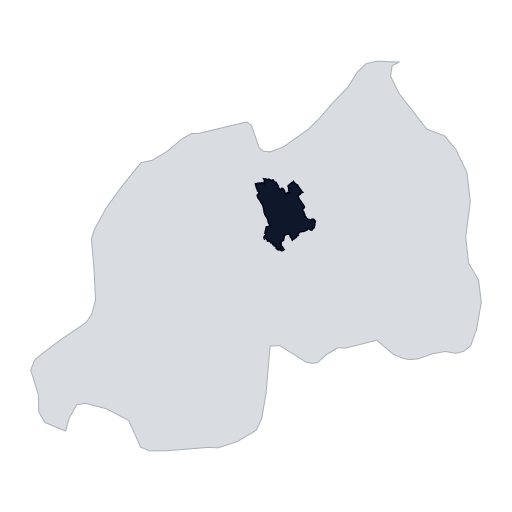 location of Rulindo, Northern, Rwanda
{"feature_id": "39286606B38837433870904", "entity_name": "Rulindo", "entity_type": "district", "adm_level": 2, "iso_a3": "RWA", "parent_name": "Rwanda", "parent_adm1": "Northern", "projection": "mercator", "projection_center": [30.0, -1.752], "detail": "fine", "context": "in_parent", "style": "filled", "palette": "ink", "viewbox_px": 512, "rotation_deg": 0, "n_neighbors": 0, "source": "geoboundaries", "source_scale": "gbopen_adm2", "svg_char_len": 6900}
<svg xmlns="http://www.w3.org/2000/svg" viewBox="0 0 512 512"><path d="M191.3,133.6L198.6,133.4L246.7,121.9L251.5,125.5L259.2,147.9L263.3,151.1L270.1,151.9L283.5,146.8L308.3,129.3L319.1,118.7L331.9,103.8L348.1,86.9L357.2,72.3L366.1,63.7L377.7,61.1L390.5,61.8L399.5,62.0L392.1,65.6L390.6,76.3L399.1,93.5L426.7,129.1L444.3,135.6L455.8,149.4L467.0,172.7L470.3,201.9L465.7,236.9L468.5,263.0L478.6,280.1L481.3,302.3L476.5,329.6L470.6,345.9L463.7,351.3L455.8,353.3L445.2,351.5L432.2,353.8L418.1,358.9L409.2,359.6L403.7,358.6L393.3,354.3L376.8,340.2L346.1,348.0L337.8,347.8L326.6,354.5L317.4,362.7L311.8,363.3L306.2,362.2L279.7,345.6L270.1,346.1L266.1,392.8L261.7,418.7L256.2,430.3L237.3,441.5L218.3,447.8L207.9,447.4L166.0,450.8L149.6,450.9L140.6,447.1L128.8,420.6L106.6,408.8L85.3,403.3L76.6,404.9L68.9,418.7L65.7,431.1L45.0,422.6L38.8,412.1L38.3,394.4L30.7,370.0L34.9,359.7L43.0,353.0L60.2,340.1L86.2,322.4L91.9,313.8L95.5,299.7L93.9,266.8L91.4,239.1L94.5,229.2L106.4,207.7L122.3,185.8L141.0,162.6L152.2,160.3L166.9,151.5L182.5,138.5L191.3,133.6Z" fill="#d9dde1" stroke="#a8b0b8" stroke-width="1"/><path d="M283.3,240.5L283.2,240.3L283.6,239.6L283.8,238.7L284.1,238.0L283.9,237.8L284.0,237.2L283.7,236.2L284.4,236.0L285.0,235.2L285.4,234.9L287.1,234.3L287.5,234.3L287.9,234.1L288.6,234.1L289.1,233.7L289.2,234.0L289.7,234.6L290.0,235.4L290.2,236.1L290.3,236.2L290.2,236.3L290.3,236.5L290.3,236.8L290.5,237.4L291.2,237.7L291.7,238.4L292.0,239.2L291.9,239.7L292.2,240.2L293.3,239.1L294.0,238.9L294.3,238.9L295.1,237.9L295.8,237.7L296.5,236.9L296.7,236.2L297.2,235.6L297.5,235.5L298.2,235.6L298.4,235.5L298.2,235.1L298.1,234.6L298.3,234.0L298.8,233.2L298.9,232.8L299.8,232.1L300.5,231.8L301.2,231.6L301.6,231.7L302.4,231.4L303.3,231.4L303.6,231.5L304.8,231.0L305.6,230.5L306.8,230.2L307.0,229.9L307.4,229.7L307.7,229.1L307.7,228.6L307.9,228.5L309.7,229.2L310.4,229.9L310.9,230.2L311.9,230.1L312.3,229.7L312.5,229.2L313.0,228.6L313.1,228.4L313.7,228.1L314.2,227.6L314.3,226.6L314.8,225.5L314.7,223.4L315.2,222.4L315.4,221.1L314.7,220.6L313.9,219.4L313.5,219.4L313.0,219.1L311.8,219.3L311.1,220.1L309.3,219.8L309.3,219.6L308.4,219.7L308.1,219.4L308.0,219.5L307.9,219.4L307.8,219.5L307.7,219.1L307.5,218.9L307.1,218.8L306.6,218.4L306.6,218.2L306.1,217.7L306.0,217.1L305.3,216.7L305.3,216.4L305.0,216.1L304.7,216.1L304.5,215.9L304.5,215.6L304.8,215.2L304.9,214.8L304.5,214.3L304.4,213.5L304.2,213.4L304.0,213.0L303.9,212.2L303.5,211.9L303.6,211.7L303.4,211.4L302.6,210.9L302.6,210.6L302.8,209.9L302.8,209.1L303.3,208.6L303.6,208.5L303.8,208.2L303.8,207.9L304.2,207.6L304.2,207.2L304.4,207.1L304.3,206.6L303.9,206.5L303.9,206.0L303.8,205.9L303.7,205.3L303.4,205.0L303.2,204.4L302.5,204.1L302.2,203.7L301.8,202.6L301.3,202.0L301.2,201.6L300.7,201.2L300.5,200.6L300.0,200.6L299.8,200.4L299.7,199.8L299.4,199.4L299.4,199.2L299.1,198.9L299.0,198.5L298.7,197.8L298.7,197.6L298.2,197.4L298.5,197.1L298.0,196.4L297.9,196.1L298.1,195.7L298.7,195.4L299.2,194.7L299.5,194.6L299.2,194.4L299.2,194.1L299.8,194.3L300.2,194.0L300.7,193.4L301.7,192.6L302.7,192.4L301.6,191.2L300.5,189.3L300.2,189.1L300.1,188.9L299.6,188.5L298.1,186.1L297.6,185.0L296.6,184.6L296.2,184.3L295.4,183.9L295.2,183.5L294.9,183.4L294.8,183.1L294.4,182.9L293.5,181.4L292.9,182.2L291.9,182.5L291.8,182.9L291.3,183.2L290.7,183.3L290.1,184.0L290.0,184.6L288.4,185.3L288.0,186.0L288.1,186.6L288.8,187.9L288.8,188.4L288.6,188.7L288.7,189.1L288.6,190.6L289.3,191.5L289.2,191.8L289.5,192.1L289.7,193.1L288.8,193.1L288.4,192.8L288.0,192.9L287.3,192.5L286.2,194.0L285.6,194.7L285.6,194.1L285.3,193.8L285.0,193.0L285.0,192.4L284.6,191.8L284.6,191.0L284.3,190.5L284.3,190.2L283.7,189.7L283.4,189.1L283.1,188.9L282.7,188.5L281.8,188.2L281.5,188.8L280.9,189.1L281.0,189.4L280.9,189.7L280.6,189.6L280.0,189.7L279.4,189.0L278.4,187.4L278.5,187.1L278.2,185.5L277.6,185.2L277.4,184.7L277.3,184.8L276.4,184.3L276.4,183.8L276.6,183.5L276.3,183.1L276.2,182.6L275.9,182.2L275.5,182.3L274.6,181.9L273.2,180.0L272.6,179.9L272.3,180.2L271.4,180.4L270.7,180.2L269.7,179.5L268.3,179.1L268.0,179.5L267.3,179.6L267.4,179.8L267.2,180.0L267.0,179.6L266.6,179.2L266.0,179.1L265.5,178.7L264.4,178.8L263.6,178.7L263.8,179.1L264.5,179.9L264.5,180.7L264.3,181.1L264.2,181.8L264.6,182.9L264.5,183.4L264.4,183.2L262.9,183.2L262.8,182.9L262.3,182.8L262.0,183.0L261.8,182.8L261.3,183.0L260.9,183.3L260.6,183.5L260.3,183.5L260.4,183.3L260.2,183.0L259.3,183.0L259.0,183.2L257.7,183.2L257.4,183.9L256.8,183.6L256.4,183.8L256.2,183.7L255.9,183.8L255.4,183.7L255.4,183.9L255.8,184.7L255.7,185.3L255.9,185.4L256.0,186.2L256.5,187.7L256.5,188.0L257.0,188.3L256.9,188.8L257.0,189.0L257.2,189.6L257.8,190.8L257.7,190.9L257.9,191.0L258.3,191.5L258.7,191.9L258.9,191.9L259.1,192.1L258.8,193.7L258.6,193.9L258.4,193.9L257.6,194.5L257.5,195.0L257.2,195.3L257.2,195.7L257.4,196.4L257.7,197.0L257.8,197.8L258.1,197.9L259.0,199.3L259.7,199.8L260.0,200.9L260.6,201.5L260.7,202.3L261.1,202.7L261.5,202.9L261.8,203.8L262.6,204.9L263.0,206.3L263.2,206.6L263.3,207.0L263.3,207.3L263.4,207.6L263.7,208.2L264.0,208.6L263.6,209.0L263.6,209.3L264.1,210.0L263.9,210.7L264.1,211.7L264.2,212.7L264.8,213.2L264.7,214.2L265.1,215.0L266.1,215.8L265.9,216.3L266.0,216.6L266.7,217.3L266.8,217.9L267.3,218.4L267.6,219.3L268.1,219.6L267.9,220.1L267.9,220.6L267.9,221.0L268.2,221.3L268.4,221.9L268.3,222.4L268.5,222.9L269.7,224.8L270.0,225.2L270.5,225.3L270.6,225.6L269.9,226.1L268.6,226.3L267.5,226.8L266.6,226.7L266.3,226.8L266.1,227.2L266.2,227.5L266.1,228.3L265.9,228.5L265.9,229.1L265.7,229.7L265.8,230.0L265.3,230.7L265.2,231.2L265.4,231.5L265.3,232.4L265.1,232.7L265.3,232.8L265.1,233.1L265.3,233.1L265.3,233.4L265.4,233.6L265.5,233.5L265.6,233.8L265.6,234.0L265.7,234.3L265.6,234.5L265.8,234.6L265.6,234.8L265.5,235.2L265.6,235.3L265.2,235.6L265.3,235.7L264.6,236.0L264.4,236.4L264.1,236.6L264.1,236.9L264.0,237.2L264.1,237.3L264.0,237.6L264.3,238.0L264.2,238.1L264.4,238.3L264.2,238.6L264.4,239.0L264.6,238.8L265.6,238.4L265.9,238.6L267.4,240.0L267.5,240.3L267.4,240.8L267.5,241.2L267.9,241.2L269.4,240.8L269.8,241.6L270.4,241.6L270.9,243.0L271.2,243.0L271.9,242.7L272.8,243.0L272.9,243.4L272.7,244.3L272.8,244.5L273.0,244.7L273.6,244.8L274.0,245.1L274.2,245.9L274.4,246.0L275.0,245.9L275.3,246.0L276.0,246.7L276.5,246.7L276.6,246.9L276.6,247.1L276.1,247.5L276.0,248.0L276.6,248.0L276.8,248.1L277.0,248.7L277.5,248.8L277.2,249.4L277.4,249.6L278.0,249.6L278.4,249.9L278.7,249.9L279.4,249.6L280.2,250.1L280.4,249.9L280.2,249.3L280.6,249.2L281.1,249.9L281.3,250.6L281.8,250.9L283.2,250.2L284.0,249.6L283.8,249.5L283.5,248.5L283.3,248.5L283.1,248.3L283.1,248.0L282.6,247.4L282.6,247.1L282.1,247.0L281.4,246.0L281.2,246.1L281.0,245.8L280.9,246.0L280.8,245.9L281.1,245.6L281.0,245.1L281.3,245.0L281.0,244.3L280.6,243.7L280.9,243.4L280.7,243.2L281.0,243.1L280.8,242.9L281.1,242.7L281.0,242.3L281.2,242.1L281.2,241.6L281.9,241.2L282.0,241.2L282.2,240.8L283.3,240.5Z" fill="#0f172a" stroke="#020617" stroke-width="1.5"/></svg>